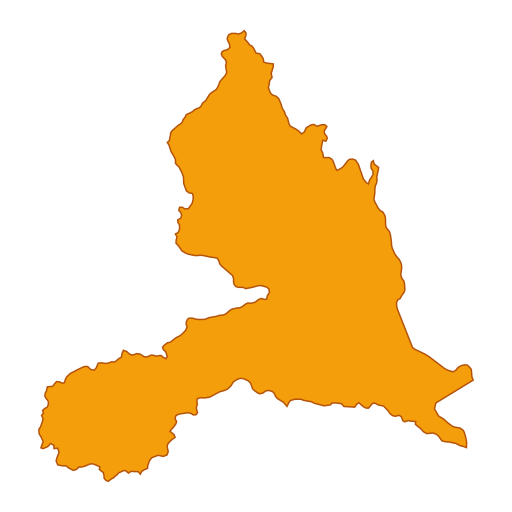 Nanuque, Minas Gerais, Brazil (Albers equal-area conic projection)
{"feature_id": "56859067B31729881403209", "entity_name": "Nanuque", "entity_type": "district", "adm_level": 2, "iso_a3": "BRA", "parent_name": "Brazil", "parent_adm1": "Minas Gerais", "projection": "albers", "projection_center": [-40.519, -17.735], "detail": "fine", "context": "isolated", "style": "filled", "palette": "amber", "viewbox_px": 512, "rotation_deg": 0, "n_neighbors": 0, "source": "geoboundaries", "source_scale": "gbopen_adm2", "svg_char_len": 6021}
<svg xmlns="http://www.w3.org/2000/svg" viewBox="0 0 512 512"><path d="M273.3,63.9L265.6,62.9L263.6,61.9L263.3,58.9L261.9,56.4L259.8,53.7L256.1,53.2L253.7,48.4L252.0,46.1L249.8,45.1L247.4,41.9L244.6,38.9L245.8,35.7L246.1,33.2L244.3,30.7L241.4,33.0L238.4,34.0L235.3,33.4L231.6,33.4L229.1,34.5L227.8,36.4L227.2,38.9L227.9,41.1L229.2,43.5L230.1,47.2L227.2,49.8L224.3,50.4L222.2,51.6L221.3,53.8L222.1,56.1L225.7,60.1L226.4,62.6L225.6,65.7L226.7,72.6L225.2,75.5L220.0,81.4L217.8,87.1L215.9,89.8L212.1,92.2L209.6,94.3L205.5,100.8L202.5,103.2L201.0,106.3L198.9,108.0L196.7,108.6L194.4,109.9L192.5,111.6L189.7,113.1L186.4,114.5L185.0,117.4L183.1,119.6L182.3,122.0L180.8,123.7L178.4,125.2L172.3,130.5L170.6,133.0L170.5,135.3L169.8,137.7L169.4,140.6L167.3,142.4L169.0,145.2L171.2,151.9L172.9,154.5L175.5,159.5L175.5,163.3L177.1,165.2L179.1,167.0L182.1,173.1L183.5,177.2L183.7,183.5L186.4,190.9L189.1,192.9L192.4,193.5L193.2,196.0L193.1,199.6L192.1,203.4L188.4,208.6L184.9,208.9L182.1,207.2L179.6,207.3L178.8,210.4L180.8,212.7L181.6,215.0L180.8,218.2L177.7,219.9L177.9,222.5L179.4,224.7L179.6,229.0L178.1,232.6L175.4,233.9L177.0,237.0L176.2,240.0L176.0,243.2L178.4,245.7L182.0,251.0L186.0,253.3L188.1,254.1L194.1,255.4L196.7,255.6L199.6,255.3L202.6,255.4L210.1,257.0L215.2,257.7L217.5,258.4L218.9,261.0L219.7,263.8L221.4,265.9L232.6,275.6L233.6,278.9L233.5,281.8L234.1,284.4L235.8,286.5L238.3,287.3L243.1,287.4L245.8,288.6L252.0,287.4L257.8,285.8L260.7,285.5L266.7,287.1L269.0,289.1L269.4,292.4L267.3,295.8L266.7,299.1L264.2,299.4L261.3,298.4L258.3,299.6L255.8,301.8L252.9,303.0L250.3,303.2L247.9,303.0L245.5,304.1L242.5,306.5L239.7,307.8L237.3,307.9L231.9,309.2L230.0,310.3L225.7,314.0L223.3,315.0L219.6,315.3L216.3,316.4L209.1,317.6L204.8,319.4L199.0,319.5L196.0,319.2L193.5,318.4L191.1,318.1L188.6,318.3L187.1,320.0L186.3,322.3L186.2,324.6L187.2,326.9L185.5,330.5L181.6,334.5L179.2,336.2L176.2,337.6L170.3,342.2L167.4,342.8L163.9,345.5L162.5,347.4L163.5,349.7L165.7,351.8L167.3,356.3L166.0,358.7L163.4,357.4L161.0,355.5L158.5,355.7L156.4,356.3L154.0,355.4L151.4,355.1L146.8,356.9L144.3,356.8L139.9,354.0L136.5,353.6L134.4,354.6L131.4,355.0L129.0,353.7L126.7,351.5L123.4,350.3L122.0,353.7L121.4,357.2L119.1,358.4L114.8,362.0L111.6,361.8L108.6,363.0L105.5,363.5L101.5,362.8L98.2,363.2L96.2,367.9L94.3,370.1L90.7,369.5L87.6,366.5L84.4,366.5L79.3,368.8L70.2,373.5L66.5,377.1L65.2,379.8L64.6,382.6L62.3,383.2L59.4,381.8L56.5,381.6L54.3,384.1L52.8,386.3L47.4,386.8L46.6,390.5L45.2,393.2L44.9,396.3L46.2,398.6L47.7,400.3L48.5,402.6L48.1,405.2L47.0,407.5L44.9,408.3L42.7,410.3L43.4,413.3L41.6,415.3L43.0,418.5L42.5,421.3L40.5,426.9L38.8,429.5L39.2,434.0L40.9,436.6L43.2,441.6L40.9,447.8L43.1,448.6L47.8,446.6L50.7,443.5L53.9,445.4L54.0,448.6L57.6,448.2L59.1,452.2L56.9,457.9L56.1,461.0L57.8,464.9L62.2,465.8L66.6,466.0L68.4,467.8L73.3,470.4L76.5,469.4L78.9,467.0L81.2,467.1L85.1,466.1L89.6,464.1L92.6,463.8L96.2,465.1L99.9,466.9L99.3,469.5L103.2,472.5L103.9,475.0L104.2,478.4L106.2,480.6L108.3,481.3L111.4,478.9L113.4,477.9L115.2,476.1L117.0,474.9L118.4,473.0L123.4,470.7L125.6,470.6L128.4,473.1L131.0,471.4L138.3,471.7L140.3,474.2L141.8,471.3L144.9,469.4L147.5,468.4L147.7,465.8L149.5,460.6L151.8,457.7L158.1,455.3L163.4,456.4L167.0,454.9L168.2,451.6L167.1,446.3L167.9,443.9L169.7,441.7L172.0,439.5L175.1,437.4L174.0,434.6L169.9,431.2L173.7,426.9L175.9,423.8L176.6,421.4L174.9,418.6L176.0,415.6L178.9,414.1L188.1,412.7L191.3,413.5L193.2,414.9L196.1,414.7L197.5,412.6L196.2,407.8L197.3,404.6L196.9,401.1L197.3,398.8L199.7,397.8L204.8,397.9L209.8,397.1L219.6,391.8L224.7,390.4L227.3,389.2L230.9,385.9L233.4,381.9L236.7,379.6L240.2,378.3L244.0,378.8L248.5,381.0L250.8,383.6L252.4,388.4L253.8,390.1L257.8,393.0L259.7,393.8L263.3,392.9L265.2,391.2L268.2,390.4L272.1,391.3L274.0,393.0L275.7,396.6L277.6,398.7L283.5,402.3L287.0,406.4L289.0,402.3L290.4,400.6L294.5,399.3L298.5,399.2L301.1,399.3L303.9,400.4L311.2,401.7L314.8,403.4L324.1,405.8L330.4,404.9L332.1,403.0L336.9,403.0L341.5,403.7L344.0,406.5L354.8,407.1L356.5,404.6L358.7,402.6L363.0,406.4L365.5,407.9L368.4,408.2L372.5,403.4L375.0,403.2L378.7,405.1L383.5,406.0L388.0,410.7L390.0,413.6L392.3,415.5L395.3,416.3L399.0,415.3L401.4,416.7L402.8,420.6L404.6,421.8L408.0,420.7L415.7,421.6L415.4,424.3L420.7,428.7L423.7,431.9L426.8,433.6L433.0,433.0L436.1,434.1L438.5,436.0L441.9,440.8L444.2,441.5L450.0,442.2L456.1,443.5L459.9,445.6L463.2,446.4L466.5,447.6L466.6,442.2L465.9,438.1L464.3,432.4L463.1,430.2L460.2,428.1L453.8,426.9L451.8,425.8L448.6,423.5L443.7,419.1L438.6,416.0L434.5,408.9L435.8,403.0L473.2,380.1L471.9,376.7L471.3,369.4L469.5,367.1L467.1,365.0L464.6,364.9L462.0,365.4L459.8,366.4L457.9,367.6L455.8,370.3L453.1,371.8L447.6,370.2L444.5,368.5L429.1,356.7L425.1,354.2L414.3,349.0L412.4,347.2L397.2,308.7L396.6,305.3L396.6,302.3L397.8,299.8L400.2,298.4L401.9,295.2L403.9,292.7L404.9,289.9L404.5,284.0L404.0,281.2L402.3,279.0L401.3,277.0L400.8,274.5L401.7,267.7L401.4,264.4L400.4,261.7L398.9,259.1L396.7,256.7L394.6,253.6L392.2,248.0L391.6,245.7L391.4,242.0L390.5,235.2L389.6,231.9L386.1,227.4L385.6,224.9L385.5,218.9L385.0,215.9L383.1,212.3L380.0,210.4L378.2,208.1L374.8,201.9L373.9,199.3L374.8,193.2L374.9,188.6L375.4,185.6L376.5,183.4L377.0,180.2L376.8,176.5L378.3,170.0L378.6,167.5L374.2,164.1L373.3,160.7L371.4,162.2L370.9,165.3L371.1,168.1L373.0,171.3L373.0,174.7L369.5,180.2L368.5,183.9L366.4,182.7L363.4,179.0L358.3,164.2L355.6,160.2L352.8,159.1L349.6,159.3L347.8,160.6L343.0,166.9L340.5,168.7L337.0,170.4L335.8,168.6L333.2,161.4L332.0,159.4L329.3,157.6L323.6,157.6L322.7,152.9L321.1,149.7L321.7,145.6L322.8,140.2L325.8,141.2L327.3,138.2L326.5,136.0L324.7,134.1L324.2,130.9L326.9,126.5L324.7,124.7L321.3,124.8L317.0,126.3L313.8,124.4L310.8,125.0L306.1,127.9L304.4,131.9L301.6,133.9L298.9,131.2L296.4,129.4L290.2,126.1L288.8,123.3L287.6,118.2L285.4,115.0L284.6,112.1L282.2,108.1L280.8,103.4L278.7,98.6L276.2,96.3L272.6,95.0L270.5,93.2L268.4,87.7L269.3,83.8L269.6,80.7L272.1,77.5L271.2,73.5L273.3,66.5L273.3,63.9Z" fill="#f59e0b" stroke="#b45309" stroke-width="1.5"/></svg>